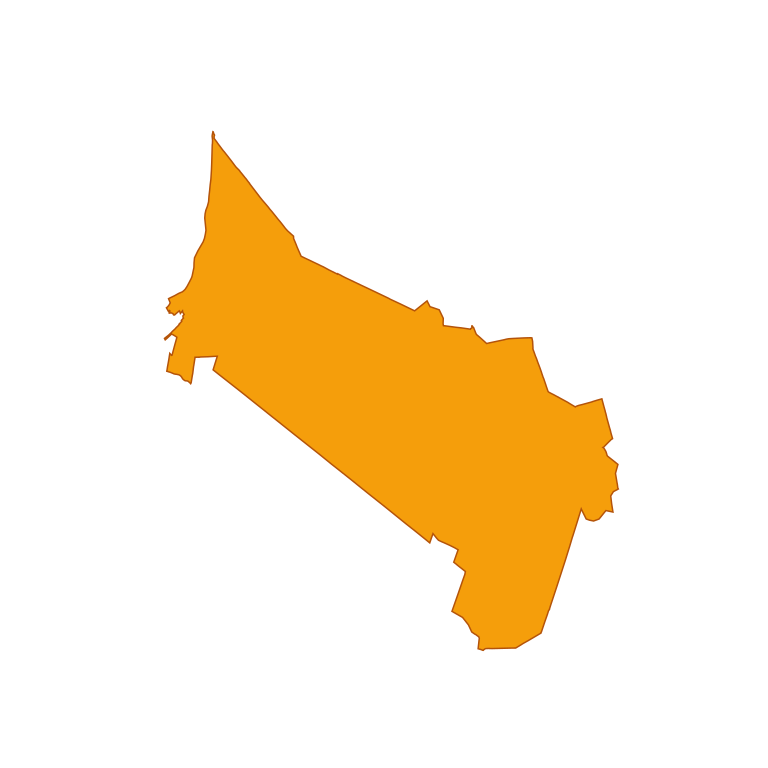 the district of Turku pag., Livanu, Latvia, rotated 73°
{"feature_id": "27541924B57048436459337", "entity_name": "Turku pag.", "entity_type": "district", "adm_level": 2, "iso_a3": "LVA", "parent_name": "Latvia", "parent_adm1": "Livanu", "projection": "robinson", "projection_center": [26.216, 56.443], "detail": "fine", "context": "isolated", "style": "filled", "palette": "amber", "viewbox_px": 768, "rotation_deg": 73, "n_neighbors": 0, "source": "geoboundaries", "source_scale": "gbopen_adm2", "svg_char_len": 5954}
<svg xmlns="http://www.w3.org/2000/svg" viewBox="0 0 768 768"><g transform="rotate(73 384 384)"><path d="M621.3,385.5L630.2,377.1L631.0,376.8L639.0,373.7L646.8,372.6L649.6,370.4L650.3,369.7L650.8,369.2L651.6,368.7L652.5,368.0L653.1,367.6L653.4,367.3L655.0,367.2L657.0,368.1L664.7,371.4L666.4,368.8L667.6,367.3L667.7,366.9L667.5,366.7L667.0,365.4L666.8,364.7L666.8,363.9L667.5,361.2L667.5,360.9L667.7,360.7L668.6,358.0L673.6,340.0L674.9,335.6L675.0,335.2L673.0,327.5L672.9,327.2L672.6,325.9L671.4,320.4L670.8,317.9L668.1,306.7L667.5,306.5L667.3,306.1L666.9,305.8L658.9,300.1L652.1,295.1L649.0,293.0L647.9,291.6L647.5,291.5L644.4,289.4L628.3,278.0L605.4,262.0L593.8,254.1L585.5,248.6L584.3,247.7L572.9,239.9L561.1,231.9L564.4,231.4L572.2,230.1L574.3,227.3L576.3,223.6L576.0,217.8L573.3,213.8L569.9,208.8L573.4,202.5L565.0,201.3L557.3,199.9L554.0,196.1L552.9,190.6L551.7,190.8L550.6,190.6L548.3,190.2L546.3,190.0L543.4,189.6L537.3,188.8L537.0,188.7L529.3,183.8L520.1,190.1L518.8,191.0L518.4,191.3L518.0,191.4L517.6,191.5L517.3,191.6L516.7,191.5L515.9,191.5L514.5,191.5L513.0,191.6L512.1,191.9L511.2,192.0L509.7,192.5L508.7,193.1L508.7,192.6L507.6,190.6L506.3,188.2L505.0,185.8L504.1,184.0L503.6,183.2L503.1,181.4L497.3,181.3L494.4,181.1L491.5,181.1L488.2,181.0L480.9,180.8L480.3,180.7L477.1,180.5L475.0,180.5L474.6,180.4L470.0,180.3L461.9,180.0L461.8,184.8L461.8,186.6L461.8,190.0L461.9,190.5L461.7,197.0L461.6,200.2L461.4,204.0L461.5,206.1L461.6,207.0L461.7,207.7L461.8,207.8L457.3,211.9L455.2,213.7L443.6,225.1L442.2,226.6L440.5,228.3L439.7,229.0L439.0,229.3L433.4,229.5L432.1,229.5L425.4,229.7L423.9,229.9L422.9,229.9L420.2,230.0L418.4,230.0L413.8,230.2L407.8,230.6L404.9,230.7L403.5,230.8L401.8,231.0L397.1,231.2L393.8,231.4L393.5,231.1L386.6,229.4L383.1,229.1L382.6,230.4L382.1,232.2L381.4,234.7L380.6,237.7L378.3,246.8L377.2,251.4L376.9,253.9L376.8,256.1L376.4,260.8L376.2,263.0L375.8,267.5L375.5,270.9L375.3,274.0L367.6,278.6L364.0,280.9L363.2,281.2L362.9,281.3L357.8,281.7L356.3,281.8L355.9,282.1L355.6,282.3L355.2,282.3L354.7,282.5L354.3,282.6L354.1,282.8L354.1,283.0L354.4,283.2L355.1,283.2L355.8,283.5L356.2,283.8L356.2,284.2L356.3,284.7L356.3,285.0L356.5,285.2L356.7,285.3L356.9,285.4L355.9,287.3L352.9,293.7L350.8,298.6L346.6,307.8L345.6,310.1L343.7,309.9L338.5,308.1L329.2,309.5L325.5,314.6L323.5,317.4L317.1,318.5L319.0,323.3L320.8,327.8L323.0,333.3L312.1,345.1L304.7,353.3L303.4,354.5L288.0,371.3L283.1,376.7L271.1,389.8L268.4,392.6L267.5,393.4L265.5,395.5L265.0,396.0L265.4,396.3L259.0,403.1L254.2,407.8L252.8,409.4L251.1,411.2L246.6,416.1L240.2,423.1L237.6,425.9L233.4,426.4L230.1,426.8L227.4,427.1L225.7,427.2L222.3,427.5L220.5,427.7L218.5,427.9L216.2,427.3L209.4,431.4L206.4,432.8L200.8,434.9L198.3,435.9L195.3,437.2L186.5,440.7L183.1,442.2L181.6,442.7L179.7,443.5L172.4,446.7L168.9,448.1L153.0,454.0L152.8,453.9L151.1,454.6L150.1,455.0L148.9,455.4L147.0,456.1L146.0,456.6L144.9,457.0L143.4,457.6L140.9,458.6L138.8,459.5L137.6,459.8L133.5,462.0L131.2,462.9L127.5,464.2L122.2,466.2L115.2,468.9L113.7,469.6L109.5,471.1L105.1,472.7L104.1,473.0L103.7,473.1L99.4,474.7L98.7,474.4L97.9,474.2L97.3,473.9L96.9,473.5L96.3,473.3L96.1,473.4L95.9,473.5L95.8,473.4L95.6,473.4L95.2,473.6L94.4,473.6L94.0,473.6L93.8,473.6L93.5,473.6L93.3,473.6L93.4,473.8L93.0,474.0L93.4,474.2L93.8,474.4L94.6,474.9L95.6,475.4L96.7,475.9L98.8,476.3L100.8,476.7L103.7,477.7L105.0,478.3L122.2,484.1L128.8,486.4L137.6,489.7L142.5,491.9L148.3,494.3L153.1,496.4L158.5,498.5L162.5,501.0L165.8,503.6L168.9,505.3L172.9,506.9L184.9,509.3L188.4,511.0L192.2,513.1L195.2,515.4L202.3,523.1L207.9,528.3L212.5,530.2L217.0,531.7L224.8,536.0L226.5,537.3L229.6,540.3L233.1,543.8L235.4,546.6L236.3,548.4L236.9,549.9L237.3,553.6L237.7,555.6L238.3,558.3L239.2,564.2L239.4,565.1L242.8,564.8L243.3,564.8L243.9,564.7L244.2,565.0L245.3,566.1L246.1,567.1L247.0,568.5L247.5,569.8L248.4,569.6L251.6,568.9L251.0,567.7L251.6,567.4L253.4,568.6L253.6,568.2L253.7,567.0L254.0,566.4L254.5,565.8L254.9,565.5L255.0,565.3L256.1,565.0L256.3,565.0L256.3,564.8L256.4,564.6L256.6,564.5L256.7,564.4L256.7,564.1L256.7,563.9L256.6,563.7L256.3,563.2L255.9,562.3L254.9,560.0L254.2,558.4L255.8,558.1L257.0,558.1L255.2,555.3L256.4,555.5L256.5,555.5L258.0,555.1L259.1,554.8L260.1,556.4L261.7,556.7L262.3,556.5L263.9,559.2L264.8,559.0L265.6,560.2L266.8,562.4L267.2,562.3L267.3,562.5L267.5,562.9L267.7,563.3L268.1,563.8L269.1,565.8L269.4,566.4L270.1,567.4L270.5,568.3L271.3,569.9L271.6,570.6L271.9,571.1L272.1,571.5L272.6,572.2L273.2,573.5L274.3,575.7L275.5,578.8L276.2,580.6L277.8,580.3L276.8,578.0L275.1,574.5L274.0,572.5L274.5,572.3L275.4,571.1L275.8,570.9L276.4,570.3L278.7,568.4L280.2,569.3L285.2,572.5L294.5,578.3L294.9,578.6L295.0,578.6L292.1,579.9L292.3,580.0L292.6,580.1L292.9,580.3L294.1,580.9L296.2,581.9L297.6,582.6L300.2,583.9L303.1,585.4L304.2,586.0L307.6,587.6L307.8,587.8L308.3,588.0L308.8,587.2L309.5,586.3L309.9,585.6L310.3,585.0L312.2,582.7L313.0,581.8L313.4,581.0L313.7,580.4L314.1,579.5L314.6,578.6L315.3,577.4L315.9,576.8L316.4,576.4L317.0,576.0L317.8,575.7L318.3,575.5L319.1,575.3L320.0,575.1L321.0,574.6L322.0,573.9L322.4,573.6L322.7,573.2L322.9,572.9L323.2,572.1L323.7,571.0L324.2,570.5L325.3,569.8L326.3,569.2L327.2,568.8L326.8,568.4L326.5,568.1L319.0,564.4L318.6,564.1L316.6,563.2L312.3,561.3L311.4,560.9L311.1,560.7L307.8,559.1L303.5,557.0L303.2,556.9L304.2,553.1L304.3,553.1L304.4,552.6L304.6,551.1L304.7,550.9L306.4,544.6L306.7,543.4L308.0,538.0L308.7,535.3L320.5,543.3L327.5,538.5L335.1,533.2L345.0,526.3L352.8,520.9L364.1,513.2L370.8,508.6L380.9,501.7L395.2,491.9L406.6,484.1L428.9,468.7L434.0,465.2L444.9,457.9L464.3,444.5L475.7,436.8L485.4,430.2L502.4,418.5L524.2,403.8L535.5,396.0L544.8,389.7L549.3,386.7L544.9,383.5L541.4,380.9L543.9,379.9L546.7,378.8L549.3,377.6L551.7,375.0L553.1,373.3L557.5,368.3L561.1,364.5L564.2,361.6L574.8,369.4L580.3,365.7L587.1,361.0L589.8,362.4L594.1,365.6L605.1,373.6L611.5,378.3L621.3,385.5Z" fill="#f59e0b" stroke="#b45309" stroke-width="1.5"/></g></svg>